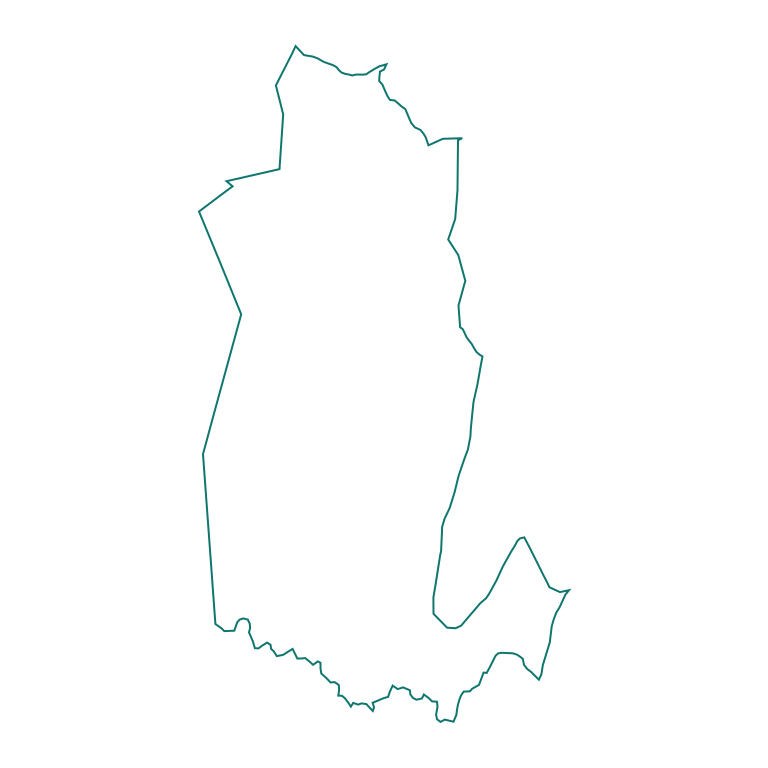 Lagoa do Barro do Piauí, Piauí, Brazil (Equal Earth projection)
{"feature_id": "56859067B46561625908849", "entity_name": "Lagoa do Barro do Piauí", "entity_type": "district", "adm_level": 2, "iso_a3": "BRA", "parent_name": "Brazil", "parent_adm1": "Piauí", "projection": "equal_earth", "projection_center": [-41.549, -8.553], "detail": "fine", "context": "isolated", "style": "outline", "palette": "teal", "viewbox_px": 768, "rotation_deg": 0, "n_neighbors": 0, "source": "geoboundaries", "source_scale": "gbopen_adm2", "svg_char_len": 2761}
<svg xmlns="http://www.w3.org/2000/svg" viewBox="0 0 768 768"><path d="M226.5,181.2L232.6,186.3L221.7,194.4L199.0,211.5L221.0,264.7L241.2,314.3L213.0,417.2L207.9,436.1L203.0,454.1L215.4,624.0L221.6,628.4L224.3,631.1L234.3,630.7L237.2,622.3L239.7,619.6L243.3,618.4L247.8,619.6L249.7,623.6L250.1,628.0L249.0,632.4L252.8,641.2L254.9,648.2L258.5,648.4L262.1,645.7L267.0,642.6L270.5,644.7L271.1,648.8L273.7,651.3L276.8,656.1L283.0,654.9L292.6,648.9L297.3,658.5L301.1,658.5L305.3,658.1L310.0,662.0L313.1,664.8L317.8,661.4L320.5,662.8L320.5,668.5L321.3,673.5L326.4,678.1L330.6,682.5L334.6,682.1L338.8,685.0L339.1,689.8L338.3,695.6L341.9,695.8L344.8,698.1L348.7,703.3L350.9,706.6L353.2,702.9L358.2,704.6L361.4,703.4L366.4,704.1L369.5,707.5L372.8,711.0L374.0,707.5L372.7,702.7L376.0,701.4L380.6,699.4L383.8,698.1L388.1,696.9L389.8,691.8L392.7,685.6L397.7,689.1L403.1,687.4L409.8,690.2L410.4,694.5L412.9,697.9L416.4,699.7L421.9,698.5L423.9,694.5L428.5,697.9L432.1,701.4L437.0,701.7L437.5,706.9L436.1,714.6L437.0,719.2L440.5,721.9L444.8,719.6L450.6,721.0L453.5,721.7L456.4,714.8L456.9,710.4L458.0,704.4L459.7,698.7L461.1,695.4L463.7,691.6L469.9,691.3L472.2,688.7L474.9,687.2L479.0,684.9L483.6,672.6L486.7,672.9L489.8,667.2L495.6,655.7L498.1,653.4L501.4,652.8L512.8,653.3L517.1,654.7L519.8,656.5L522.8,658.8L524.0,664.8L527.1,668.9L531.3,672.1L538.9,679.7L541.4,674.3L542.8,665.2L549.8,642.4L551.7,626.4L553.5,620.1L556.1,612.9L559.7,607.1L565.4,594.6L569.0,590.2L560.0,592.1L556.2,590.4L549.4,587.2L547.3,582.7L543.4,575.2L537.2,562.7L530.4,549.1L524.3,537.4L520.0,538.4L517.4,540.9L515.0,545.4L510.7,552.4L505.9,561.0L502.8,566.6L499.1,574.7L496.1,581.1L491.3,589.8L489.2,593.6L486.2,598.1L480.3,603.2L461.1,625.7L455.6,628.2L447.1,627.7L433.5,613.8L433.4,597.5L435.8,583.1L440.2,555.0L441.1,551.0L442.2,526.5L444.7,518.4L449.6,508.2L454.6,492.2L458.5,476.2L463.1,462.6L465.3,456.4L467.9,449.5L470.4,436.5L470.8,429.0L472.1,415.5L473.5,402.0L477.5,384.1L480.7,365.8L482.5,356.4L479.9,354.9L476.5,352.0L474.1,348.3L471.8,344.1L469.2,340.8L466.3,336.8L464.7,333.1L462.8,329.3L460.1,327.2L458.5,305.5L465.3,280.8L458.3,255.1L448.2,239.5L455.2,219.0L457.5,190.0L458.0,140.3L462.2,138.2L442.8,138.8L428.5,145.3L425.6,137.1L423.6,133.8L420.4,129.9L414.9,127.4L411.3,123.1L409.8,119.8L406.8,112.6L405.3,109.1L401.2,106.2L397.7,103.0L394.5,100.4L390.1,100.0L387.7,96.5L385.4,91.6L382.4,84.6L379.2,81.0L379.4,76.8L380.0,71.6L384.1,69.4L386.4,64.3L383.1,65.3L379.8,66.1L375.8,68.2L369.2,72.2L366.2,74.3L361.9,74.7L358.6,74.5L355.2,74.7L352.2,75.5L348.8,74.5L345.3,73.9L341.7,72.6L339.0,70.3L336.6,67.2L332.9,65.1L323.7,61.9L317.7,58.4L312.9,56.6L304.0,55.1L295.6,46.1L292.2,53.4L275.9,85.4L283.2,114.4L279.5,169.1L226.5,181.2Z" fill="none" stroke="#0f766e" stroke-width="2"/></svg>